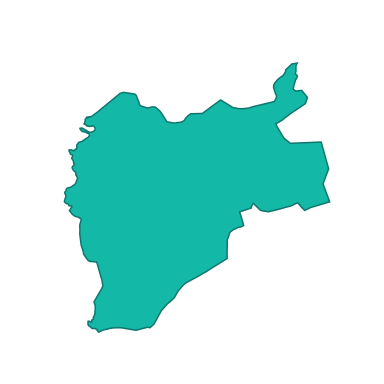 Bukkuyum, Zamfara, Nigeria (Natural Earth projection), rotated 72°
{"feature_id": "59680162B43558777101724", "entity_name": "Bukkuyum", "entity_type": "district", "adm_level": 2, "iso_a3": "NGA", "parent_name": "Nigeria", "parent_adm1": "Zamfara", "projection": "natural_earth1", "projection_center": [5.481, 11.985], "detail": "fine", "context": "isolated", "style": "filled", "palette": "teal", "viewbox_px": 384, "rotation_deg": 72, "n_neighbors": 0, "source": "geoboundaries", "source_scale": "gbopen_adm2", "svg_char_len": 5525}
<svg xmlns="http://www.w3.org/2000/svg" viewBox="0 0 384 384"><g transform="rotate(72 192 192)"><path d="M243.9,64.1L224.8,64.9L212.2,54.9L184.4,53.7L176.1,83.4L169.1,88.0L163.1,89.3L155.0,91.1L153.0,91.0L152.9,90.3L152.3,87.4L151.5,84.0L150.5,81.5L149.6,79.1L149.3,77.9L148.0,74.4L143.0,56.9L137.7,53.0L129.3,56.2L128.1,62.0L125.5,64.0L124.0,63.2L122.6,62.4L117.6,59.0L115.2,56.5L113.7,55.9L111.7,57.2L109.0,55.7L105.1,54.5L103.7,53.8L101.9,52.1L101.1,57.5L103.5,62.5L104.7,65.1L105.8,65.6L107.0,66.4L108.1,67.8L109.3,69.4L110.3,72.6L111.4,75.5L113.7,79.3L115.6,81.3L118.1,82.2L121.3,82.2L124.2,82.2L126.2,81.9L128.1,82.4L131.4,85.8L129.7,107.6L129.7,109.6L129.7,112.1L129.2,114.4L129.0,115.6L128.5,117.7L128.4,118.1L127.3,121.5L124.3,127.0L113.3,136.3L117.2,148.1L118.1,150.8L120.5,157.9L117.2,169.0L118.3,172.4L119.9,175.2L121.7,177.5L122.2,180.6L121.0,187.5L117.5,194.1L107.5,196.7L104.7,197.7L100.0,200.6L99.2,202.2L98.6,204.2L98.6,206.7L98.3,208.7L96.2,211.3L94.5,213.9L92.8,214.9L91.0,214.7L84.9,215.1L82.9,215.2L81.2,216.1L76.1,226.2L75.9,229.7L87.4,258.9L87.5,259.8L88.0,261.0L88.3,261.9L88.9,263.6L89.1,264.4L89.0,265.7L88.9,266.2L88.6,266.4L88.7,266.8L88.9,266.7L89.1,266.9L89.0,267.4L89.3,267.8L89.3,268.3L88.8,268.5L88.2,268.7L88.6,269.5L89.1,270.0L89.6,270.5L89.8,271.1L90.2,271.3L90.7,271.4L91.4,271.7L92.2,272.2L92.8,272.4L93.2,272.6L93.5,273.2L93.7,273.6L94.2,273.5L94.7,272.8L95.3,272.5L95.8,271.7L96.5,271.8L96.6,271.7L96.8,271.3L96.8,271.1L97.3,270.5L97.5,270.0L97.7,269.7L97.8,269.3L98.0,269.2L98.2,268.6L98.3,267.3L98.6,265.7L98.6,265.4L99.0,265.0L99.5,264.8L100.4,264.6L101.2,264.4L102.1,264.6L103.2,265.4L103.8,266.7L104.0,267.7L104.0,268.8L103.8,270.3L103.6,270.6L103.1,271.4L102.4,272.4L101.4,273.0L100.8,273.5L100.0,274.1L99.2,274.9L98.3,275.7L97.7,276.2L97.2,276.8L97.1,277.1L97.0,277.5L96.8,278.4L96.8,278.9L97.2,279.0L97.5,278.9L98.1,278.8L98.8,278.5L99.8,278.2L100.4,277.7L101.0,276.7L101.4,276.3L101.8,275.6L102.3,274.9L102.6,274.3L103.0,274.0L103.5,273.7L103.8,273.4L103.9,272.9L104.3,272.1L104.6,272.0L105.6,272.1L106.6,272.1L107.2,272.5L107.4,273.2L107.9,273.9L108.1,275.1L108.4,276.2L108.8,277.3L108.9,277.8L109.3,278.6L109.3,279.7L109.8,280.4L110.0,281.1L109.9,281.7L109.7,282.2L109.9,282.8L109.8,283.3L109.7,284.2L109.9,284.8L110.6,285.4L111.0,286.0L111.3,286.7L111.9,287.1L113.6,287.7L113.8,287.8L114.0,287.8L114.3,288.0L114.7,288.2L114.8,288.3L115.0,288.5L115.2,288.8L115.2,289.0L115.3,289.4L115.5,289.8L115.6,290.5L115.8,290.9L116.1,291.1L116.2,291.4L115.9,292.3L115.8,292.5L115.3,293.0L115.1,293.2L114.9,293.3L114.7,293.6L114.5,293.9L114.5,294.0L114.4,294.6L114.2,295.1L114.1,295.5L114.0,295.9L114.2,296.2L114.8,296.2L115.2,296.2L115.8,296.1L117.6,295.9L118.0,295.9L118.3,295.9L118.8,295.6L119.0,295.4L119.1,295.2L119.2,294.9L119.3,294.6L119.7,294.5L119.9,294.5L120.1,294.4L120.4,294.3L120.6,294.4L120.8,294.5L121.1,294.6L121.7,295.0L122.7,296.1L125.7,295.2L126.0,295.2L126.2,295.3L126.4,295.4L126.8,295.4L127.0,295.4L127.2,295.5L127.5,295.5L127.7,295.4L127.9,295.3L128.1,295.4L128.3,295.6L128.5,295.7L129.1,295.2L129.3,295.2L129.5,295.2L130.0,296.2L130.2,296.6L130.9,297.7L131.7,298.5L132.0,298.6L132.3,298.6L132.6,298.4L132.9,298.3L133.5,298.2L133.9,298.3L134.1,298.3L134.6,298.1L135.4,297.7L136.2,297.4L136.5,297.1L136.8,296.8L136.9,296.6L137.0,296.6L137.3,296.6L137.7,296.4L137.8,296.4L138.0,296.5L138.4,296.7L138.8,296.8L139.0,296.9L139.3,296.9L139.5,296.9L139.6,297.1L139.9,297.2L140.0,297.0L140.1,296.8L141.1,296.9L142.2,296.7L143.5,296.4L144.3,297.1L145.2,298.0L146.3,298.8L148.0,300.1L148.7,301.6L149.1,303.2L150.0,305.6L149.9,306.7L149.7,308.0L149.9,309.9L150.4,310.6L150.9,310.9L151.8,311.3L152.4,312.3L152.8,312.9L153.5,313.4L154.6,313.2L156.1,313.1L156.8,313.0L160.8,315.9L161.9,316.4L162.9,315.9L163.6,315.5L164.2,315.0L164.2,314.9L164.6,314.1L164.7,313.7L165.9,313.4L167.3,313.1L167.8,311.3L167.9,310.9L168.8,310.8L169.5,311.3L170.0,312.3L171.2,313.3L171.8,314.4L176.3,312.7L177.9,311.6L179.5,310.1L180.0,309.0L180.2,308.5L183.6,305.6L188.8,309.0L194.0,310.5L196.8,311.6L208.0,313.8L210.1,313.8L214.5,313.8L217.8,314.3L224.7,312.1L226.3,310.9L229.0,304.7L229.2,304.3L234.3,304.4L245.7,304.9L247.3,304.8L253.6,305.8L256.0,307.7L260.9,313.3L266.3,319.2L270.7,319.2L278.1,322.1L281.2,324.9L282.1,324.9L282.7,325.4L282.8,326.7L283.4,327.3L284.4,327.3L284.5,328.1L284.2,328.7L282.9,329.9L282.9,330.8L284.0,331.3L286.1,331.9L287.4,331.5L289.0,330.3L291.1,329.0L291.5,327.4L291.9,326.4L292.0,325.9L292.7,325.8L293.2,325.0L293.6,324.8L294.0,325.0L294.5,325.0L294.7,324.7L294.9,324.6L295.2,324.5L295.5,324.3L295.8,324.1L296.0,324.3L296.5,324.0L296.0,320.7L295.9,318.1L296.2,315.3L296.3,312.5L297.0,308.4L299.2,301.4L306.2,288.0L306.9,276.0L308.1,273.9L306.0,269.1L295.3,257.7L291.0,250.4L289.4,246.4L287.1,241.4L285.5,239.8L281.7,235.5L277.7,228.8L276.5,225.7L275.7,221.2L273.9,211.4L273.0,207.4L271.9,202.0L271.0,198.8L268.0,186.7L267.9,186.4L266.1,179.1L261.1,177.6L252.0,174.4L248.6,173.4L245.1,170.7L243.1,169.2L242.8,169.0L241.7,167.7L240.8,164.8L240.7,164.6L240.4,163.9L240.4,163.3L240.5,162.6L240.4,162.2L240.4,161.5L240.2,160.9L240.1,160.4L239.9,160.0L240.0,159.5L240.0,158.9L240.0,158.0L240.2,157.1L240.3,156.3L240.3,155.4L240.0,154.1L239.8,153.2L230.3,152.8L225.6,152.9L225.6,147.1L225.6,140.7L223.5,139.4L221.7,137.2L226.9,134.5L230.5,132.6L232.0,130.3L233.8,126.4L234.4,125.9L235.0,118.2L235.3,113.5L235.5,108.0L235.9,102.3L235.4,99.1L234.8,94.8L240.2,92.6L244.3,90.5L243.4,83.5L243.6,77.3L243.9,64.1Z" fill="#14b8a6" stroke="#0f766e" stroke-width="1.5"/></g></svg>